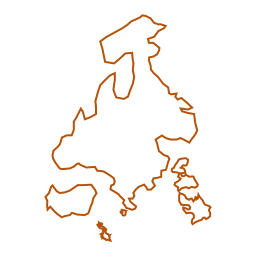 outline of Goheung-gun, South Jeolla, South Korea
{"feature_id": "91817680B78599330358722", "entity_name": "Goheung-gun", "entity_type": "district", "adm_level": 2, "iso_a3": "KOR", "parent_name": "South Korea", "parent_adm1": "South Jeolla", "projection": "equal_earth", "projection_center": [127.345, 34.606], "detail": "fine", "context": "isolated", "style": "outline", "palette": "amber", "viewbox_px": 256, "rotation_deg": 0, "n_neighbors": 0, "source": "geoboundaries", "source_scale": "gbopen_adm2", "svg_char_len": 4436}
<svg xmlns="http://www.w3.org/2000/svg" viewBox="0 0 256 256"><path d="M100.5,42.4L102.3,48.3L105.1,61.9L114.1,63.4L119.6,58.8L125.2,53.5L132.1,52.8L132.8,60.3L133.5,63.4L132.8,70.2L134.2,77.0L132.8,83.8L130.0,90.6L128.0,96.6L123.8,98.9L116.2,97.4L113.4,89.8L114.8,80.0L114.8,73.2L109.9,75.5L104.4,80.8L100.2,85.3L98.1,91.3L95.4,101.2L96.0,107.2L96.0,114.0L90.5,117.1L84.9,119.3L82.9,111.8L80.8,108.7L76.6,117.1L73.8,121.6L73.8,129.9L71.7,135.3L66.9,135.3L62.0,137.5L59.9,144.3L57.2,147.4L53.4,150.7L52.5,155.7L53.1,158.5L55.1,162.2L59.6,168.4L62.2,169.1L69.9,168.4L74.4,166.3L77.0,163.8L79.0,163.5L80.1,164.7L86.4,167.5L94.9,166.9L97.4,170.9L100.3,170.9L103.7,171.5L106.8,173.4L109.4,175.0L113.7,178.1L114.8,181.8L113.6,184.6L111.1,185.5L110.5,189.3L114.5,191.7L118.5,194.2L120.5,196.7L124.2,200.1L123.0,202.9L126.4,207.9L132.4,209.8L135.3,208.5L136.1,206.4L133.0,203.9L130.7,202.0L129.0,198.6L132.7,198.6L134.4,195.8L133.3,193.0L135.5,189.9L138.7,186.8L144.1,184.6L146.4,187.4L147.5,189.6L150.9,189.6L154.9,185.8L152.3,181.2L153.5,178.4L157.4,177.8L161.1,176.8L161.4,170.6L163.4,170.3L166.0,169.7L167.4,164.7L168.2,161.9L169.4,158.8L167.7,156.3L164.0,155.1L158.9,151.0L157.2,143.9L155.7,139.5L162.0,135.5L164.3,137.1L167.1,138.6L171.1,139.5L176.8,139.5L180.5,138.0L183.0,139.2L189.3,142.6L191.8,138.9L194.1,136.1L195.8,133.3L197.2,130.5L195.5,124.0L194.7,119.1L194.1,114.1L187.6,112.9L182.2,111.3L180.7,108.5L188.1,109.5L192.1,107.6L187.6,103.3L181.3,98.0L177.6,99.5L175.3,96.7L176.5,93.6L171.1,94.3L169.1,93.3L168.2,87.4L163.1,83.7L157.7,76.6L154.0,73.5L150.9,69.5L150.6,65.5L148.9,60.5L149.2,57.4L153.4,56.5L157.1,54.3L159.1,50.3L159.4,47.8L153.2,42.9L148.9,42.9L148.0,38.9L154.3,36.7L158.3,31.1L163.9,28.3L165.6,25.9L160.8,24.3L158.3,24.3L154.0,22.8L150.6,18.4L145.8,16.0L142.4,15.4L139.8,17.5L136.4,19.1L131.0,21.5L127.3,24.9L121.7,28.6L106.5,36.9L100.2,41.5L100.5,42.4ZM95.1,190.0L91.4,184.8L88.7,184.8L83.9,185.1L77.8,185.1L69.8,190.6L64.7,192.4L59.7,193.0L56.7,191.2L52.5,185.4L51.1,186.8L49.0,193.0L45.5,197.0L47.4,201.1L47.1,204.9L47.6,209.6L50.3,206.7L54.6,211.6L58.0,214.5L61.8,217.2L65.2,216.0L69.8,215.1L71.9,212.8L77.2,214.5L84.7,215.1L88.2,213.4L89.0,211.6L90.8,206.1L92.2,203.2L93.3,198.2L96.5,193.2L95.1,190.0ZM186.2,198.3L185.0,195.7L183.2,194.4L179.7,193.1L179.2,195.2L179.2,198.5L179.2,201.0L180.3,203.0L181.3,204.7L185.2,205.1L188.6,205.1L190.2,207.1L189.7,209.2L188.0,209.5L185.9,208.4L183.3,207.5L183.2,209.2L185.0,211.6L186.6,213.3L189.0,212.7L191.7,212.9L193.4,214.2L193.9,215.7L193.8,217.9L192.2,219.6L191.7,222.4L192.6,224.1L195.5,222.2L198.9,220.7L201.6,219.8L203.1,217.8L204.7,217.6L206.1,219.1L208.1,217.9L210.0,216.3L210.3,213.5L208.9,209.9L210.5,207.3L209.3,206.2L204.8,204.5L203.6,202.4L202.5,200.2L199.9,197.2L198.4,194.6L197.8,198.5L196.5,199.3L195.6,196.3L194.9,199.6L193.4,201.3L191.7,198.5L190.5,198.7L189.1,199.8L186.2,198.3ZM186.6,165.1L187.8,162.2L187.9,159.5L185.7,158.2L180.9,158.8L178.9,159.5L177.2,162.3L175.3,164.8L173.8,167.9L172.1,168.7L171.7,170.7L172.6,172.0L177.0,172.4L178.7,173.0L178.9,174.6L178.0,176.7L180.6,178.6L179.6,180.1L179.1,180.4L177.7,181.5L175.0,183.0L174.6,184.9L176.5,186.4L178.2,187.3L177.9,189.9L178.7,191.1L182.0,188.1L184.7,187.5L186.2,187.1L188.8,188.3L191.7,186.8L194.9,187.7L197.2,186.4L197.8,184.5L195.6,181.0L194.6,179.3L193.4,176.5L191.2,176.5L189.1,176.7L185.9,174.8L184.0,176.1L182.0,176.1L180.6,173.3L183.3,173.0L185.4,172.8L184.5,169.4L183.2,168.3L180.8,167.7L183.3,165.3L184.9,165.7L186.6,165.1ZM99.9,223.2L99.0,222.5L99.1,223.3L99.7,223.9L99.6,224.3L98.2,224.2L97.4,224.8L98.0,225.6L99.9,225.6L100.2,226.0L99.8,226.7L98.8,226.9L100.0,228.2L101.3,228.5L102.3,228.8L103.6,229.5L103.6,230.2L102.9,230.9L103.7,231.9L103.0,233.6L101.8,233.4L100.8,234.2L102.2,234.8L102.5,235.9L102.1,236.0L101.5,235.9L101.5,237.0L102.3,237.2L102.3,238.2L102.8,237.9L103.6,237.7L104.1,238.8L105.3,238.9L106.1,240.0L107.3,239.6L109.2,240.4L110.5,240.6L109.6,238.9L109.4,237.8L109.7,237.1L109.2,236.2L109.7,235.4L108.9,235.7L108.4,234.4L107.8,234.0L107.1,234.0L105.9,233.0L105.3,231.0L105.9,230.4L106.2,229.3L105.1,228.8L104.8,228.0L103.4,226.9L102.4,226.6L101.3,225.4L101.5,224.9L102.2,224.0L101.6,223.3L100.4,223.9L99.9,223.2ZM121.7,209.8L121.6,211.2L120.6,211.7L120.9,212.7L122.4,212.5L122.1,213.9L122.8,215.3L124.4,215.5L125.3,214.9L125.6,213.3L125.6,212.3L126.3,210.8L124.8,210.4L123.9,210.2L123.6,210.2L121.7,209.8Z" fill="none" stroke="#b45309" stroke-width="2"/></svg>